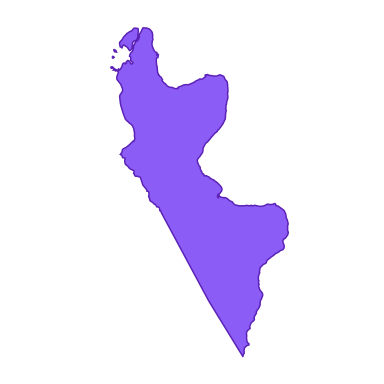 outline of South Vella la Vella, Western, Solomon Islands, rotated 190°
{"feature_id": "97153195B32598831162283", "entity_name": "South Vella la Vella", "entity_type": "district", "adm_level": 2, "iso_a3": "SLB", "parent_name": "Solomon Islands", "parent_adm1": "Western", "projection": "robinson", "projection_center": [156.664, -7.876], "detail": "fine", "context": "isolated", "style": "filled", "palette": "violet", "viewbox_px": 384, "rotation_deg": 190, "n_neighbors": 0, "source": "geoboundaries", "source_scale": "gbopen_adm2", "svg_char_len": 6095}
<svg xmlns="http://www.w3.org/2000/svg" viewBox="0 0 384 384"><g transform="rotate(190 192 192)"><path d="M113.0,38.4L113.3,38.9L113.3,40.0L113.1,41.3L112.6,42.3L113.4,45.7L113.3,45.9L113.2,47.7L111.7,49.7L111.6,50.0L110.0,51.0L109.5,51.1L109.4,51.6L109.6,52.4L111.5,53.6L112.0,54.7L113.0,57.8L113.1,60.0L113.5,60.5L113.9,63.5L113.5,64.7L111.9,66.9L111.1,67.6L111.7,69.5L111.7,70.5L111.0,73.5L109.0,75.9L108.4,77.1L109.1,79.5L108.1,82.6L107.5,83.6L107.9,85.0L107.4,86.5L106.0,89.4L105.4,91.9L105.6,92.2L105.3,93.4L105.6,93.8L105.8,96.8L105.1,98.5L104.4,102.4L104.9,104.3L106.1,105.6L108.0,107.0L109.8,110.3L110.2,111.8L110.2,112.2L109.9,112.5L110.6,113.8L110.8,116.4L111.1,116.5L111.4,117.4L111.9,119.5L111.7,120.0L112.0,120.6L111.3,124.5L111.6,124.9L111.8,125.7L111.7,129.4L109.3,132.9L106.8,134.8L106.1,138.0L105.5,138.5L102.3,142.2L100.4,144.0L99.6,145.3L96.0,148.1L95.6,148.9L94.8,149.6L92.4,151.1L91.7,152.7L91.7,154.0L92.0,155.4L93.4,157.7L94.1,159.7L93.8,161.0L93.5,161.0L93.2,161.9L92.5,162.3L91.7,163.3L90.8,165.5L90.4,165.9L90.1,168.7L91.2,171.0L92.0,175.6L91.7,177.2L93.2,180.8L94.7,183.0L95.9,186.6L97.7,189.2L98.8,190.2L104.8,193.1L107.1,193.2L107.4,194.4L108.0,194.9L108.9,194.9L110.3,193.9L111.5,193.5L113.7,193.1L114.9,193.3L115.9,193.0L117.6,191.6L119.3,190.6L121.3,189.9L123.6,189.6L127.8,189.8L130.8,188.7L131.1,189.1L131.5,189.1L133.1,188.4L136.0,188.3L138.1,187.5L142.8,186.6L147.5,186.8L148.7,187.5L150.7,189.3L153.5,190.0L156.1,191.7L158.4,192.2L160.1,191.9L162.6,191.9L164.3,192.6L165.0,194.0L165.3,193.9L165.0,191.8L165.2,190.9L166.1,191.6L166.2,193.2L165.7,194.4L165.4,194.9L164.7,194.9L164.4,195.2L163.0,198.2L162.9,198.9L163.0,200.1L163.6,201.4L164.6,202.5L167.0,204.4L169.5,206.0L172.0,207.1L172.7,207.7L173.4,207.7L176.7,208.7L176.9,209.2L177.9,209.7L180.1,210.3L180.9,210.5L182.3,210.0L182.9,210.3L183.1,211.0L183.5,211.5L184.0,211.8L184.7,211.7L185.2,212.2L186.1,214.0L186.9,214.6L188.0,216.5L188.4,218.1L189.6,218.9L191.2,221.7L191.8,222.2L192.3,224.5L191.7,226.4L190.6,228.0L188.5,232.7L188.4,234.4L188.7,237.2L187.1,242.1L185.1,244.4L184.7,245.7L184.3,245.8L184.2,246.3L183.2,247.7L182.8,249.1L182.4,249.3L179.9,253.5L177.7,256.0L177.3,257.3L176.5,258.2L174.2,262.6L173.9,264.0L173.5,264.1L171.9,269.8L172.6,276.1L172.4,278.1L173.3,280.2L173.2,281.0L173.6,282.9L173.3,283.9L173.5,287.4L173.1,289.4L173.1,291.4L173.6,293.6L174.1,294.5L174.0,296.5L174.3,298.5L175.7,304.2L176.4,306.4L177.6,307.7L178.4,308.1L179.1,308.8L180.7,311.3L182.8,312.0L185.2,312.2L187.5,310.6L191.1,309.9L192.4,310.1L194.4,309.8L195.3,310.1L196.3,309.7L196.9,310.4L197.3,310.3L199.2,309.6L199.4,309.3L199.2,309.1L198.5,309.2L198.9,307.5L199.5,307.2L201.0,305.4L201.9,304.8L202.9,304.6L203.7,304.8L204.2,304.5L204.9,303.7L206.9,302.5L209.4,300.1L214.0,297.1L216.9,296.6L219.4,295.7L220.1,294.9L223.7,292.9L224.2,291.9L223.9,291.5L226.0,290.9L227.7,291.0L229.8,291.6L231.1,291.3L233.1,291.5L234.6,292.0L237.1,294.0L238.9,294.8L239.8,295.6L240.8,296.5L240.5,297.4L241.2,298.1L241.9,299.2L242.6,299.8L243.7,300.2L244.5,301.2L245.0,301.2L245.2,301.8L245.6,302.0L246.0,303.0L246.6,303.6L248.3,309.9L249.0,311.1L250.0,315.2L250.2,317.3L249.7,318.4L249.4,318.6L249.0,318.5L248.8,320.4L249.1,320.8L249.0,321.6L249.6,321.8L250.6,320.9L250.7,321.3L250.3,322.0L250.9,323.3L251.2,323.4L252.1,323.2L253.7,324.5L256.1,328.1L257.0,330.1L257.2,331.2L257.3,334.0L257.0,334.9L257.2,336.3L257.8,337.7L257.8,338.8L258.2,340.4L258.9,342.2L259.8,343.3L262.1,345.1L264.9,345.6L268.6,345.2L268.9,344.9L268.8,344.5L269.5,343.4L269.7,341.8L271.4,337.7L270.7,335.6L271.0,333.9L271.7,331.8L273.5,330.0L273.9,329.3L274.1,328.0L274.7,326.3L274.9,326.2L275.0,324.9L274.7,324.7L274.8,321.2L275.2,320.0L276.3,318.6L277.1,316.3L277.1,314.8L275.8,314.1L275.4,312.6L275.4,311.3L275.1,310.7L274.2,310.3L273.7,309.6L272.8,309.4L272.6,309.2L272.8,308.1L274.1,307.5L274.7,307.8L276.6,310.0L277.5,310.4L278.2,310.3L279.3,308.9L279.4,308.5L278.9,307.8L279.4,307.2L280.0,306.6L280.4,307.1L280.9,307.2L281.5,307.2L282.1,306.8L282.6,305.5L282.7,303.9L283.2,302.2L284.2,299.9L284.6,299.5L285.1,299.2L285.1,300.1L285.6,300.5L285.8,300.2L285.5,299.4L286.0,299.0L288.8,299.4L289.6,300.0L290.2,299.6L290.7,298.4L289.5,298.6L288.3,297.9L287.5,298.3L286.9,298.4L285.4,297.6L285.4,296.3L286.0,292.6L285.7,290.5L285.4,289.8L281.0,285.8L278.4,281.6L278.0,280.2L278.0,279.1L279.7,275.1L279.9,273.7L279.7,272.9L277.8,266.5L276.7,264.0L273.2,257.1L270.1,252.0L268.5,250.8L266.8,249.9L265.5,248.9L263.7,248.1L262.3,247.0L260.6,244.7L258.8,240.0L258.4,237.0L257.5,234.8L257.9,232.1L258.4,231.7L258.8,231.9L261.9,227.6L264.6,224.5L266.9,222.8L267.8,221.8L268.0,218.7L269.2,216.5L268.8,216.3L268.1,216.4L267.2,215.6L266.7,214.4L266.1,213.7L264.4,213.8L263.6,213.5L263.5,212.9L263.8,211.9L263.4,209.9L262.6,208.1L262.1,207.5L259.9,206.4L257.6,204.3L254.8,203.3L253.4,203.2L252.7,202.7L252.6,202.4L252.7,200.2L251.9,199.6L251.7,198.9L250.9,198.0L250.3,197.7L248.2,198.1L247.1,197.7L245.8,197.7L245.3,197.3L241.6,190.3L236.9,186.3L236.5,184.9L235.4,185.1L234.6,184.5L233.9,182.2L233.9,180.1L233.6,179.3L232.7,178.5L232.4,177.1L232.0,176.4L231.1,175.7L229.2,175.0L227.0,173.5L225.5,173.1L224.2,171.3L221.9,171.2L221.2,170.4L220.5,168.1L220.0,167.9L219.5,168.1L218.6,166.3L156.5,87.5L113.0,38.4ZM289.2,325.7L287.9,322.4L286.9,322.3L286.5,321.9L286.0,321.8L285.6,323.3L285.6,324.3L285.0,324.8L284.0,324.7L281.9,323.7L280.9,323.4L278.1,320.4L277.3,320.8L275.9,322.8L276.0,324.2L276.4,324.9L276.2,325.4L276.2,327.0L276.6,328.0L276.2,329.3L275.5,330.2L275.5,330.5L273.4,331.7L272.9,332.4L272.4,334.0L272.2,335.7L272.7,337.6L272.7,340.9L273.5,343.6L276.4,343.6L277.9,342.9L279.3,340.3L280.6,339.6L283.6,336.8L286.3,332.7L287.3,329.9L289.2,326.9L289.2,325.7ZM293.6,318.7L293.6,318.2L292.7,316.7L291.1,316.7L291.5,317.0L291.4,317.4L291.1,317.5L291.5,318.1L293.3,318.8L293.6,318.7ZM293.5,300.3L292.6,299.8L291.4,300.4L290.7,300.3L291.7,301.4L292.6,301.4L292.8,301.0L293.5,300.9L293.5,300.3ZM293.9,311.0L293.5,310.3L293.2,310.6L292.7,310.3L292.1,311.1L292.8,311.4L292.8,311.7L293.4,311.9L293.9,311.0Z" fill="#8b5cf6" stroke="#5b21b6" stroke-width="1.5"/></g></svg>